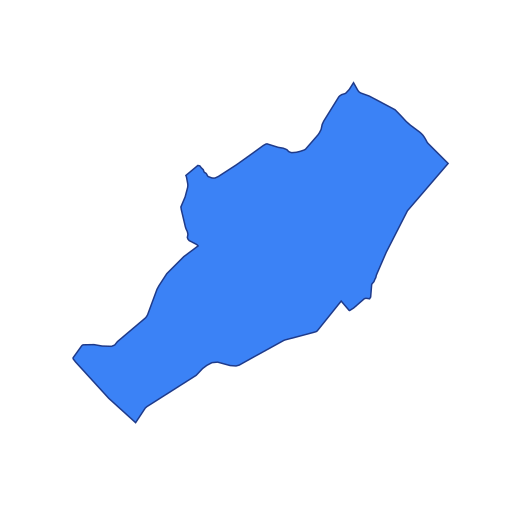 the Province of Ömnögovi, rotated 319°
{"feature_id": "MNG-3298", "entity_name": "Ömnögovi", "entity_type": "Province", "adm_level": 1, "iso_a3": "MNG", "parent_name": "Mongolia", "parent_adm1": "", "projection": "robinson", "projection_center": [104.196, 43.387], "detail": "fine", "context": "isolated", "style": "filled", "palette": "blue", "viewbox_px": 512, "rotation_deg": 319, "n_neighbors": 0, "source": "natural_earth", "source_scale": "10m", "svg_char_len": 2073}
<svg xmlns="http://www.w3.org/2000/svg" viewBox="0 0 512 512"><g transform="rotate(319 256 256)"><path d="M132.6,306.8L113.3,303.9L94.1,301.0L74.9,298.1L72.7,298.1L55.8,302.8L51.5,267.0L50.3,217.7L50.5,214.0L50.8,213.2L51.2,212.8L65.6,209.4L66.3,209.4L66.9,209.5L67.6,209.9L75.6,216.6L80.8,223.0L87.7,229.4L91.0,230.5L95.3,229.7L132.1,230.2L133.2,230.0L135.5,229.3L159.4,216.2L163.1,214.8L177.1,210.8L201.1,209.1L218.9,210.4L219.0,209.4L218.6,207.9L215.7,200.6L215.7,198.7L216.3,197.0L218.6,195.2L219.3,194.2L220.2,192.5L221.0,189.6L221.8,187.7L230.1,171.9L231.5,169.7L241.3,164.9L249.4,159.4L250.8,158.1L251.8,156.8L255.1,151.2L255.6,150.2L255.9,149.2L271.5,149.5L272.4,150.7L272.7,151.1L272.7,151.4L272.7,151.7L272.6,152.8L272.6,153.6L272.8,155.9L272.8,156.2L272.7,156.6L272.6,156.9L272.2,157.7L272.1,158.0L272.0,158.4L272.0,158.8L272.0,159.2L272.2,159.8L272.4,160.3L272.5,160.8L272.5,161.5L272.2,162.9L272.0,163.5L272.0,164.0L272.0,164.6L273.9,168.1L275.1,169.4L276.3,170.3L279.8,171.3L300.9,174.3L320.5,176.2L334.1,177.4L336.9,178.0L337.9,178.6L344.0,188.5L347.2,192.4L348.5,194.8L349.1,196.3L349.1,197.4L349.2,198.7L349.9,200.2L350.7,201.4L354.5,204.2L358.2,206.1L361.9,207.6L363.4,207.9L378.3,205.8L382.5,205.2L384.7,204.6L388.2,203.2L392.3,200.1L395.7,198.6L422.9,190.2L424.3,190.1L426.5,190.4L429.9,191.9L430.8,192.0L435.6,191.5L443.3,189.2L441.5,197.8L441.4,199.5L441.6,200.6L442.1,201.9L446.4,209.6L456.9,236.9L457.4,245.9L457.6,253.0L458.3,258.4L460.8,269.8L461.1,272.1L461.2,274.4L460.9,277.1L460.4,279.8L459.8,282.3L459.7,283.8L461.7,312.2L441.1,315.2L420.6,318.2L400.0,321.2L378.4,329.9L356.8,338.6L337.8,347.7L334.3,349.4L332.2,350.9L331.5,351.2L330.6,351.5L328.2,352.7L325.4,353.1L324.6,353.4L315.6,362.2L313.6,362.8L311.8,360.6L310.7,359.7L309.7,359.3L295.6,359.3L290.9,358.6L290.6,358.0L290.7,345.9L271.9,349.3L253.0,352.7L251.6,352.5L237.4,345.6L223.3,338.6L221.8,338.0L205.1,334.4L188.4,330.8L171.7,327.3L168.8,325.9L164.6,321.7L157.4,310.9L152.8,307.6L147.3,306.3L141.9,305.9L132.6,306.8Z" fill="#3b82f6" stroke="#1e3a8a" stroke-width="1.5"/></g></svg>